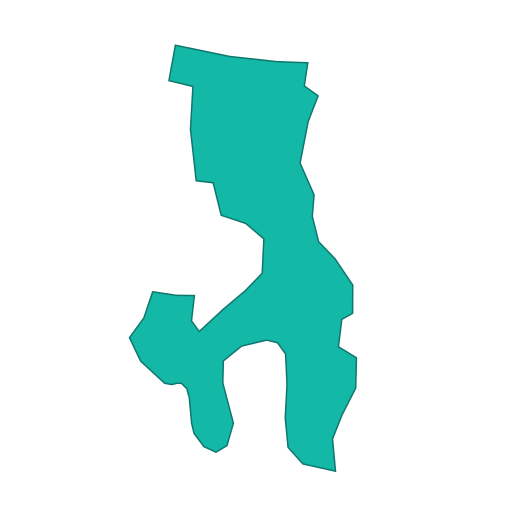 Rujienas, Albers equal-area conic projection, rotated 194°
{"feature_id": "LVA-5796", "entity_name": "Rujienas", "entity_type": "Municipality", "adm_level": 1, "iso_a3": "LVA", "parent_name": "Latvia", "parent_adm1": "", "projection": "albers", "projection_center": [25.272, 57.927], "detail": "fine", "context": "isolated", "style": "filled", "palette": "teal", "viewbox_px": 512, "rotation_deg": 194, "n_neighbors": 0, "source": "natural_earth", "source_scale": "10m", "svg_char_len": 916}
<svg xmlns="http://www.w3.org/2000/svg" viewBox="0 0 512 512"><g transform="rotate(194 256 256)"><path d="M247.4,56.0L260.4,58.4L273.2,68.9L278.0,78.1L286.5,102.5L291.0,110.5L297.5,114.4L301.9,113.4L306.6,110.9L313.8,110.4L342.4,126.0L359.0,146.1L349.8,168.9L347.6,196.3L324.1,198.5L306.2,202.7L302.9,177.4L292.8,169.0L274.9,196.4L258.1,219.6L245.8,240.7L252.5,274.5L273.8,285.1L299.6,287.1L315.3,316.7L332.2,314.5L350.2,363.0L358.2,405.2L382.9,405.1L385.2,441.0L330.1,443.2L282.9,449.6L252.5,456.0L250.3,432.7L234.5,426.4L237.9,399.0L235.7,356.8L214.4,329.3L211.0,308.2L198.7,285.0L178.5,272.3L155.1,251.2L148.4,223.8L157.4,215.3L154.1,187.9L133.9,181.5L127.3,152.0L134.1,122.4L137.5,97.1L126.8,66.4L160.2,65.6L178.6,78.1L188.4,105.8L194.9,139.1L203.6,168.1L214.1,177.0L225.3,177.0L248.2,165.1L262.3,146.3L257.5,124.8L237.5,88.3L238.3,65.0L247.4,56.0Z" fill="#14b8a6" stroke="#0f766e" stroke-width="1.5"/></g></svg>